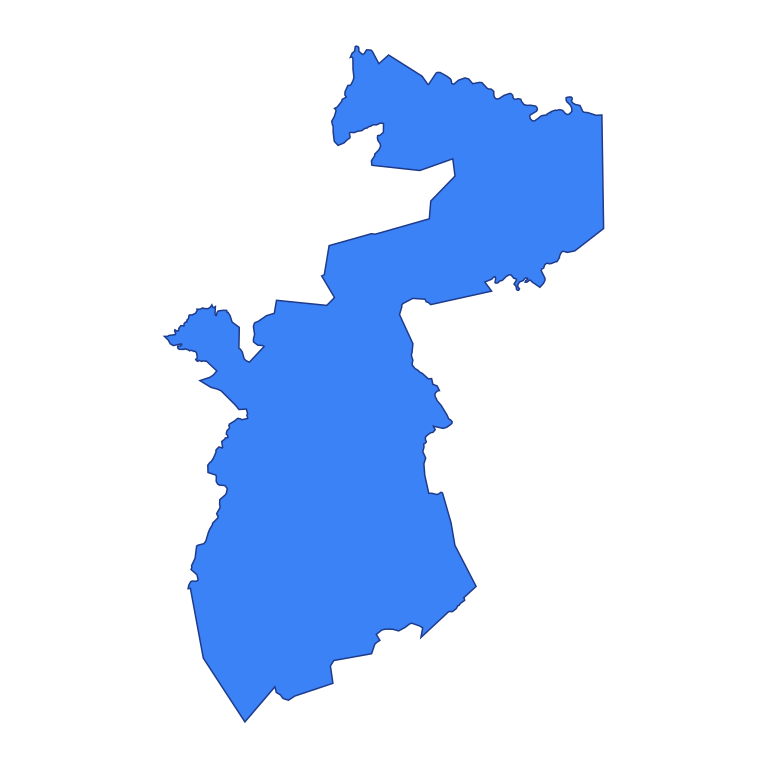 the district of Santa Catarina Juquila, Oaxaca, Mexico
{"feature_id": "50627088B71365052188034", "entity_name": "Santa Catarina Juquila", "entity_type": "district", "adm_level": 2, "iso_a3": "MEX", "parent_name": "Mexico", "parent_adm1": "Oaxaca", "projection": "mercator", "projection_center": [-97.307, 16.18], "detail": "fine", "context": "isolated", "style": "filled", "palette": "blue", "viewbox_px": 768, "rotation_deg": 0, "n_neighbors": 0, "source": "geoboundaries", "source_scale": "gbopen_adm2", "svg_char_len": 6065}
<svg xmlns="http://www.w3.org/2000/svg" viewBox="0 0 768 768"><path d="M603.6,228.5L601.9,115.0L596.1,115.3L587.8,112.6L584.2,112.3L582.8,111.5L580.0,105.5L575.1,104.4L572.2,102.5L571.5,100.6L572.2,99.2L572.1,97.9L571.3,97.1L569.8,96.9L566.7,97.4L566.0,98.0L566.3,100.7L566.8,101.7L570.1,104.9L571.6,107.6L571.9,111.4L569.2,114.1L566.9,114.5L564.6,112.8L562.8,110.5L561.2,110.0L559.3,109.7L556.4,110.5L555.5,110.1L550.9,111.7L550.6,112.6L549.7,112.5L547.0,114.1L546.8,114.9L542.5,115.5L540.1,116.5L539.5,117.4L534.6,120.9L532.3,120.8L530.3,118.7L529.7,116.4L530.1,115.1L536.6,111.1L537.4,109.5L536.8,107.3L535.6,106.1L534.6,105.9L530.5,105.2L527.1,105.4L524.0,104.6L521.3,101.1L520.9,99.3L518.3,98.7L514.8,99.4L513.3,98.3L512.6,95.2L510.8,93.5L509.2,93.6L504.0,95.4L499.1,98.6L497.6,99.0L495.9,98.7L494.6,97.4L493.9,95.5L493.7,91.3L491.2,89.1L488.5,89.0L487.1,88.2L481.9,82.6L479.3,82.4L472.7,83.7L468.7,79.0L465.0,77.9L458.5,80.2L453.7,84.3L451.7,83.4L451.2,80.2L450.2,78.7L447.3,76.5L440.2,72.5L437.5,72.4L436.1,73.1L428.7,84.3L427.9,84.5L422.1,76.2L388.6,55.0L378.9,63.7L372.4,51.5L371.0,50.1L366.6,49.8L364.3,53.5L362.6,54.5L358.9,51.4L358.8,47.8L358.0,46.6L356.1,46.1L355.2,46.7L354.7,51.0L352.0,53.4L350.4,57.3L351.6,56.8L352.9,58.2L353.0,69.4L353.9,77.1L353.2,80.2L351.1,84.4L350.0,85.4L347.9,85.4L345.0,91.8L344.9,95.0L346.3,97.1L342.1,99.4L341.8,101.2L337.0,107.3L334.5,108.4L335.8,109.7L336.0,111.0L334.4,116.4L331.7,121.3L332.5,125.1L333.1,125.9L333.2,132.6L334.3,141.4L338.1,145.4L344.0,142.9L347.9,139.2L349.7,138.2L350.1,136.9L349.4,133.1L350.4,132.4L354.3,132.6L357.5,131.3L361.9,130.6L364.7,128.5L367.4,127.9L368.7,126.6L370.1,126.5L373.1,124.8L376.5,124.9L380.3,123.1L382.9,123.3L383.5,123.6L383.4,132.3L380.0,135.3L377.7,135.6L377.4,137.9L377.8,140.2L380.1,143.7L380.6,146.2L378.9,149.9L374.8,154.0L374.6,156.0L372.1,159.6L371.4,161.0L371.9,165.3L419.8,170.5L452.8,158.8L455.0,176.1L430.8,201.0L429.3,218.8L375.2,234.2L371.4,233.7L329.1,245.6L324.3,274.7L321.7,276.0L334.5,297.5L326.8,305.4L276.5,300.3L274.3,313.3L266.4,315.7L258.0,321.5L255.0,322.6L254.3,323.5L253.4,326.5L254.6,334.5L253.4,339.2L253.5,341.9L257.8,345.2L262.5,345.5L264.1,346.5L249.4,362.2L246.2,360.7L244.2,358.9L242.3,352.1L240.5,349.3L238.9,348.1L239.3,327.4L232.1,322.1L230.1,315.7L228.0,312.4L227.0,312.2L226.7,310.4L223.0,310.3L218.1,311.0L217.1,312.3L216.3,315.5L215.9,315.5L215.0,313.9L215.4,306.6L214.1,307.5L212.8,307.3L211.9,304.9L210.2,307.3L207.9,308.7L204.0,308.5L202.7,307.9L200.3,309.2L196.9,309.2L197.3,310.2L195.5,313.3L192.1,314.9L189.4,315.0L189.0,315.5L188.5,318.6L186.9,320.1L186.8,321.9L185.5,322.1L184.1,323.6L183.9,325.9L180.9,325.6L178.9,328.2L178.6,330.4L177.4,331.2L174.9,329.8L174.6,330.9L175.7,333.6L175.2,334.6L169.1,335.4L167.7,336.3L164.4,336.4L168.2,340.0L170.2,343.7L173.3,345.6L181.1,343.9L181.7,344.2L181.7,344.8L180.4,345.9L177.7,346.4L177.7,348.0L179.1,349.3L184.0,349.4L184.8,348.8L188.1,349.8L189.6,350.8L190.0,350.4L192.5,350.6L193.6,351.4L195.4,351.4L196.7,353.3L197.2,357.3L197.0,358.6L195.7,359.3L196.6,360.8L198.0,361.3L198.2,360.4L198.7,360.3L201.7,361.4L203.8,360.7L205.1,361.3L206.2,360.9L216.8,370.9L213.6,374.8L209.9,377.3L199.9,380.6L210.8,387.3L217.6,389.2L221.2,390.9L235.8,405.5L238.9,409.5L246.4,409.1L247.6,413.9L246.8,415.2L247.8,418.1L247.4,418.5L242.0,419.7L240.0,418.7L237.6,418.4L235.1,420.6L229.4,424.1L228.8,425.8L229.4,426.8L229.4,428.2L227.1,430.5L226.3,433.3L226.4,434.4L227.5,435.2L227.9,437.4L227.5,437.8L225.3,437.9L224.8,439.1L221.7,441.5L222.6,447.6L222.0,447.9L219.0,446.9L216.5,449.4L216.0,450.1L215.9,452.4L213.6,457.8L211.2,461.6L210.0,462.3L207.8,465.2L208.0,472.5L215.9,475.1L216.3,476.5L216.2,481.4L217.6,484.0L219.3,485.1L224.4,485.5L225.4,486.1L227.3,488.7L226.3,493.1L225.4,494.8L219.8,499.6L219.6,504.2L220.2,507.3L216.7,513.5L217.1,515.0L217.7,515.3L218.1,517.6L212.6,523.2L212.3,525.0L209.8,529.0L208.4,532.4L205.8,541.1L203.8,543.7L197.9,545.2L196.6,546.1L195.1,558.2L191.6,565.6L191.8,567.8L191.0,569.5L196.9,574.7L198.1,579.5L197.7,580.4L196.1,581.3L192.2,581.0L190.6,581.8L188.8,585.2L188.1,588.7L190.4,588.3L203.3,658.1L244.9,721.9L274.9,686.8L276.3,692.5L280.6,695.0L282.4,697.8L283.6,698.7L288.5,700.2L294.9,696.0L332.9,683.3L330.4,665.9L333.9,660.5L371.6,653.7L374.8,644.2L377.0,642.2L379.9,640.4L376.3,634.4L381.9,629.9L385.8,629.1L393.0,629.3L398.6,630.9L405.1,627.4L409.6,623.9L411.8,623.2L419.5,625.9L422.7,627.8L420.9,637.5L448.7,611.6L452.5,611.6L456.3,608.6L457.7,605.8L459.0,605.4L460.6,603.2L464.6,600.4L464.2,598.2L463.7,597.8L476.1,586.4L454.9,545.3L451.1,523.0L442.7,493.6L442.2,492.7L440.9,492.3L438.6,494.0L436.7,494.5L432.1,493.3L428.8,493.3L424.8,475.4L423.9,463.8L425.7,458.1L422.8,451.6L424.0,447.1L423.7,444.1L425.6,442.9L426.3,441.9L425.4,439.2L425.4,437.4L426.8,435.6L430.5,432.8L433.0,432.3L435.2,429.7L433.4,426.2L443.2,428.4L446.9,427.2L450.9,424.3L451.9,423.3L452.2,421.8L450.6,419.9L448.7,418.9L446.9,414.8L441.1,405.3L437.3,400.9L435.0,396.1L435.0,393.9L435.6,392.7L437.7,390.8L439.4,390.6L437.1,385.9L432.9,384.3L431.6,378.6L428.4,378.9L422.2,373.3L420.5,372.6L417.3,369.8L415.1,368.7L412.3,365.1L412.2,363.0L412.9,360.2L411.6,356.4L411.4,354.3L412.0,352.9L412.9,343.7L399.5,314.6L401.8,306.9L401.7,305.2L402.7,303.7L412.7,298.4L425.0,299.2L426.3,301.9L428.3,302.4L430.7,304.6L491.6,291.1L484.8,282.0L491.7,279.2L493.3,277.4L495.1,276.7L495.7,278.4L495.0,282.4L495.4,283.0L497.1,283.1L498.7,282.2L499.7,280.9L502.2,280.5L506.2,276.5L509.3,274.7L511.3,275.2L513.8,278.3L516.2,278.9L516.6,280.0L514.0,284.0L516.0,286.3L516.6,289.5L517.8,290.4L518.6,290.3L519.5,288.8L518.2,287.2L517.6,285.1L519.5,282.0L523.3,280.5L524.5,278.7L526.0,277.9L527.5,278.2L527.8,279.0L525.7,280.7L525.1,282.1L526.8,282.2L529.8,280.1L530.6,280.2L531.9,281.8L539.9,287.3L543.6,283.2L545.0,280.1L545.0,278.3L541.1,270.4L541.8,269.1L543.7,268.0L544.6,265.1L545.8,263.7L547.5,263.2L549.2,263.8L551.4,263.5L555.7,261.7L556.9,261.7L559.5,257.6L559.4,256.6L560.5,253.9L561.7,252.0L563.0,251.2L567.3,252.4L574.8,250.9L603.6,228.5Z" fill="#3b82f6" stroke="#1e3a8a" stroke-width="1.5"/></svg>